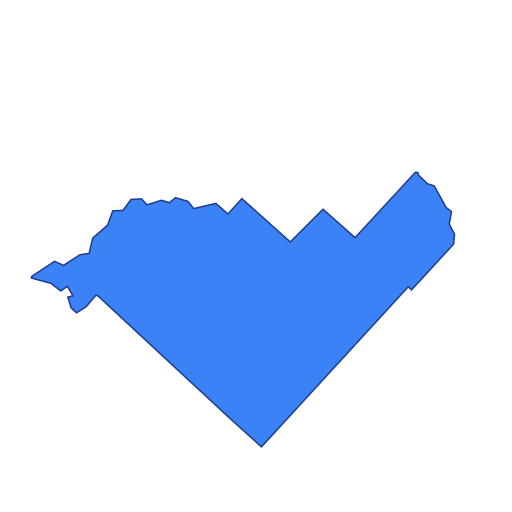 Madison, New York, United States of America (Equal Earth projection), rotated 316°
{"feature_id": "52423323B70020317049433", "entity_name": "Madison", "entity_type": "district", "adm_level": 2, "iso_a3": "USA", "parent_name": "United States of America", "parent_adm1": "New York", "projection": "equal_earth", "projection_center": [-75.672, 42.954], "detail": "fine", "context": "isolated", "style": "filled", "palette": "blue", "viewbox_px": 512, "rotation_deg": 316, "n_neighbors": 0, "source": "geoboundaries", "source_scale": "gbopen_adm2", "svg_char_len": 785}
<svg xmlns="http://www.w3.org/2000/svg" viewBox="0 0 512 512"><g transform="rotate(316 256 256)"><path d="M127.3,397.1L344.1,383.9L344.4,388.4L406.5,384.7L413.9,378.3L417.2,367.3L427.4,359.9L426.5,353.1L432.9,329.4L429.5,323.1L429.1,310.8L430.4,308.4L428.9,306.5L340.0,311.6L336.7,268.9L330.9,269.0L290.4,269.7L286.5,215.4L285.7,204.9L265.0,206.3L263.7,190.3L244.1,178.6L245.0,169.4L238.6,158.1L230.8,157.5L226.8,150.3L213.2,143.5L213.3,135.3L205.4,128.5L192.0,130.8L184.4,124.0L170.7,130.7L151.0,129.7L137.8,138.2L130.2,132.8L111.0,129.0L107.4,119.9L80.8,114.9L79.1,115.8L89.5,133.3L91.3,145.5L99.3,146.8L96.6,157.5L92.1,154.8L87.0,164.9L87.5,172.3L98.7,174.5L113.6,173.0L114.6,175.2L117.8,234.4L124.5,356.0L127.3,397.1Z" fill="#3b82f6" stroke="#1e3a8a" stroke-width="1.5"/></g></svg>